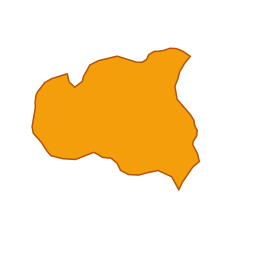 map outline of Bilecik (orthographic projection), rotated 64°
{"feature_id": "TUR-2263", "entity_name": "Bilecik", "entity_type": "Province", "adm_level": 1, "iso_a3": "TUR", "parent_name": "Turkey", "parent_adm1": "", "projection": "orthographic", "projection_center": [30.109, 40.071], "detail": "fine", "context": "isolated", "style": "filled", "palette": "amber", "viewbox_px": 256, "rotation_deg": 64, "n_neighbors": 0, "source": "natural_earth", "source_scale": "10m", "svg_char_len": 869}
<svg xmlns="http://www.w3.org/2000/svg" viewBox="0 0 256 256"><g transform="rotate(64 128 128)"><path d="M189.4,78.6L191.5,86.9L200.4,102.6L205.8,109.4L191.0,110.1L179.4,119.6L176.9,129.2L175.0,139.0L170.2,147.8L162.8,153.3L155.0,153.2L147.6,156.5L145.4,160.4L142.9,164.1L138.6,166.5L134.8,169.7L133.3,188.9L127.0,200.1L119.0,209.5L113.5,210.9L102.7,212.2L91.2,215.4L84.9,213.7L68.8,202.2L63.8,200.0L58.0,196.1L55.7,193.1L50.7,182.9L50.2,174.9L52.6,158.9L60.8,160.7L68.0,158.0L66.0,148.5L62.2,145.5L54.7,134.6L54.5,125.1L58.7,106.2L72.6,91.5L75.1,86.4L74.5,81.2L71.1,77.1L70.6,71.1L72.5,66.6L74.0,61.6L74.7,55.4L77.4,50.4L80.2,47.4L83.3,44.9L90.9,40.6L94.9,49.1L100.0,56.8L105.7,61.7L111.0,67.5L123.7,71.3L143.6,66.0L149.8,65.4L155.0,66.9L160.6,66.9L165.1,69.7L168.6,75.1L171.1,77.1L181.8,76.8L189.4,78.6Z" fill="#f59e0b" stroke="#b45309" stroke-width="1.5"/></g></svg>